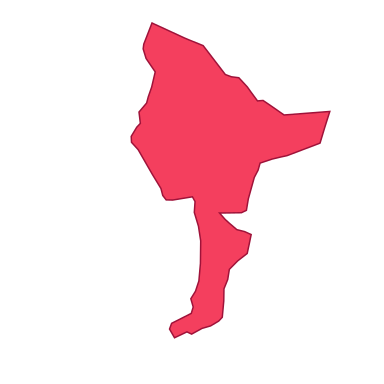 Brejinho, Pernambuco, Brazil, rotated 292°
{"feature_id": "56859067B9303192166892", "entity_name": "Brejinho", "entity_type": "district", "adm_level": 2, "iso_a3": "BRA", "parent_name": "Brazil", "parent_adm1": "Pernambuco", "projection": "mercator", "projection_center": [-37.342, -7.335], "detail": "fine", "context": "isolated", "style": "filled", "palette": "rose", "viewbox_px": 384, "rotation_deg": 292, "n_neighbors": 0, "source": "geoboundaries", "source_scale": "gbopen_adm2", "svg_char_len": 1090}
<svg xmlns="http://www.w3.org/2000/svg" viewBox="0 0 384 384"><g transform="rotate(292 192 192)"><path d="M50.3,230.4L60.4,239.7L60.1,244.9L69.3,252.4L74.8,259.4L82.3,265.1L87.2,267.0L102.8,262.3L109.0,259.9L114.2,257.9L124.2,257.9L134.3,255.6L145.3,260.2L155.7,266.2L164.9,264.6L174.7,262.8L175.0,255.6L173.9,247.7L177.0,238.4L179.0,233.0L182.8,225.4L191.3,245.6L195.4,249.3L206.7,246.8L228.8,244.3L237.1,245.1L244.3,244.3L252.5,253.9L257.7,261.2L261.3,266.5L285.3,292.4L301.5,290.9L318.3,289.6L297.9,248.5L301.7,231.9L303.5,223.6L301.0,218.6L306.9,209.0L310.1,204.0L315.5,192.6L313.6,185.4L313.4,178.9L331.9,147.5L331.9,133.2L332.0,126.9L333.7,91.6L311.0,91.9L306.4,93.1L298.6,99.4L289.6,112.9L274.2,115.3L263.9,115.8L257.5,116.6L246.3,112.9L236.3,118.4L231.4,116.5L220.8,114.8L215.4,117.3L211.1,126.2L193.6,148.5L183.6,161.9L177.8,166.2L175.0,171.0L177.3,177.1L187.7,194.2L184.3,198.4L173.9,201.8L162.7,210.8L149.9,218.4L128.9,226.6L112.1,231.7L101.3,232.4L92.6,230.9L85.8,236.2L79.2,236.8L62.6,222.3L56.5,222.5L50.3,230.4Z" fill="#f43f5e" stroke="#9f1239" stroke-width="1.5"/></g></svg>